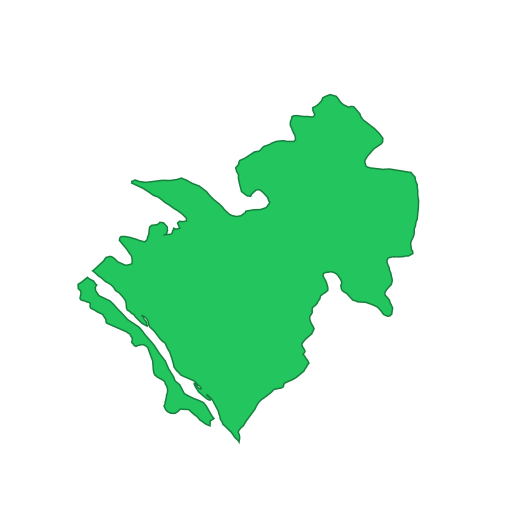 Nasir, Bani Suwayf, Egypt, rotated 116°
{"feature_id": "37247803B95648929265509", "entity_name": "Nasir", "entity_type": "district", "adm_level": 2, "iso_a3": "EGY", "parent_name": "Egypt", "parent_adm1": "Bani Suwayf", "projection": "equal_earth", "projection_center": [31.113, 29.186], "detail": "fine", "context": "isolated", "style": "filled", "palette": "green", "viewbox_px": 512, "rotation_deg": 116, "n_neighbors": 0, "source": "geoboundaries", "source_scale": "gbopen_adm2", "svg_char_len": 6148}
<svg xmlns="http://www.w3.org/2000/svg" viewBox="0 0 512 512"><g transform="rotate(116 256 256)"><path d="M92.3,266.4L95.6,268.2L97.7,270.0L100.2,268.7L102.8,265.6L104.3,265.0L106.4,266.1L108.0,270.9L109.6,273.9L111.8,280.6L113.4,283.6L115.0,284.8L117.0,284.1L120.1,284.0L123.2,282.7L129.2,275.9L130.2,274.1L132.8,272.2L134.3,271.5L136.4,272.1L139.6,278.7L140.2,281.7L143.9,287.7L147.6,291.3L149.6,292.5L154.4,297.2L160.1,298.9L163.2,303.1L173.1,308.9L177.3,312.5L179.4,312.4L181.4,311.8L185.6,312.9L188.6,310.4L190.6,307.3L193.7,306.0L197.8,302.9L204.4,297.3L205.8,290.6L204.7,287.0L202.1,287.0L196.4,284.7L194.8,281.7L195.8,277.4L198.2,271.3L200.8,268.8L201.8,267.0L208.0,268.0L212.2,272.2L215.4,278.2L220.1,284.8L221.7,284.7L226.4,287.1L229.0,290.7L230.1,294.9L230.2,297.9L229.2,301.6L228.2,304.7L226.7,307.7L225.3,312.0L223.8,318.7L221.9,324.2L219.9,328.5L218.0,337.7L218.7,345.0L218.3,352.3L218.7,356.1L218.5,357.0L222.0,360.7L225.7,366.1L229.0,373.3L238.0,387.1L240.1,393.1L240.7,398.0L243.4,400.3L244.9,399.7L244.7,387.6L245.6,379.6L246.5,374.7L245.9,369.9L246.8,365.0L247.8,361.3L248.2,356.5L249.2,351.0L249.6,346.1L250.5,341.2L252.5,335.1L255.0,333.8L257.2,336.8L258.2,339.8L259.3,340.4L260.8,341.0L264.4,336.7L267.0,339.6L267.0,342.1L268.1,342.1L268.6,341.4L270.1,342.0L271.2,341.4L273.7,341.9L276.9,347.3L274.8,346.2L271.8,346.8L268.7,348.7L266.7,353.6L267.8,357.2L268.9,357.2L271.5,359.0L274.1,363.2L276.7,364.3L283.9,361.8L286.5,361.7L289.0,361.0L292.1,362.2L293.3,368.2L293.3,370.1L294.5,377.3L296.1,382.8L297.7,385.8L299.3,386.3L301.8,385.7L306.8,374.6L308.8,371.5L309.8,369.1L311.3,367.2L314.4,365.3L317.4,364.1L320.1,367.0L321.6,369.4L321.8,377.9L320.3,382.2L319.9,385.3L320.4,387.1L323.0,390.1L325.1,390.6L326.7,390.6L340.1,395.8L341.0,396.3L341.6,393.2L342.9,389.2L343.5,385.1L345.0,380.0L345.0,377.6L345.4,373.6L346.7,370.1L348.7,366.9L349.1,362.9L351.3,357.4L352.8,354.6L354.9,352.3L359.4,349.7L361.0,347.9L361.2,345.2L362.0,343.0L362.2,340.2L363.6,337.5L365.8,331.2L366.4,329.0L366.6,326.9L366.8,323.0L366.3,322.9L365.5,324.2L363.5,325.5L362.8,326.3L362.1,328.6L360.8,330.1L360.1,331.1L359.8,332.4L359.4,332.4L359.3,331.1L359.5,329.4L361.0,325.2L364.3,322.6L366.3,320.4L368.3,314.1L372.3,306.4L373.6,303.0L374.1,299.6L378.2,294.6L380.4,291.2L385.4,286.3L389.2,282.9L391.7,281.0L393.8,277.1L394.7,274.3L396.0,271.1L395.4,256.4L397.5,251.5L397.5,249.7L398.5,247.8L399.3,247.0L399.9,247.6L399.9,249.1L399.5,250.9L397.0,254.7L397.6,255.8L398.6,255.0L400.2,253.0L403.3,248.0L405.5,239.5L406.0,236.8L406.0,235.3L405.5,233.8L404.5,233.8L402.8,239.2L402.3,239.4L402.3,238.2L404.2,232.5L411.8,222.0L414.1,220.2L416.0,218.1L417.9,216.9L419.0,215.4L420.0,213.6L421.8,212.0L422.3,209.9L425.3,200.9L428.4,195.3L429.8,190.8L430.6,189.7L426.7,190.9L424.6,192.2L422.1,194.7L420.5,195.0L416.9,194.2L414.3,193.0L408.7,192.5L394.2,189.8L390.1,189.9L386.4,189.4L382.8,188.2L377.6,185.3L371.4,182.4L367.7,181.3L367.2,180.1L365.6,178.3L363.5,175.3L361.4,174.1L358.9,174.8L357.3,174.2L351.0,168.9L347.4,166.5L338.5,162.5L336.5,162.5L333.9,162.0L331.3,162.0L329.2,161.4L327.2,163.9L325.7,167.0L324.7,168.2L323.7,170.7L321.7,170.1L320.1,170.2L318.6,172.0L317.1,174.5L315.1,176.3L309.4,175.2L301.6,171.8L295.9,171.9L293.9,174.4L292.4,176.8L289.4,179.9L286.8,181.2L284.2,180.7L282.1,180.7L279.6,182.0L277.5,182.6L273.9,180.9L271.8,180.3L269.8,180.4L266.7,179.8L263.6,180.5L261.0,179.3L258.4,177.6L255.3,176.4L252.7,177.7L248.6,181.4L244.6,187.0L242.1,187.7L240.0,185.9L239.4,184.7L237.3,181.7L236.7,179.3L236.7,176.9L237.2,174.4L239.7,170.1L241.7,167.6L243.2,167.0L245.3,166.9L247.8,165.1L249.3,163.2L249.8,160.8L249.8,158.3L253.2,149.8L252.6,146.1L252.6,144.3L250.5,139.5L249.4,136.5L249.3,134.7L248.8,131.0L248.6,125.0L249.1,123.1L250.6,119.4L252.6,115.8L252.5,111.5L251.1,109.3L249.9,109.1L248.9,108.5L242.7,110.5L238.7,115.5L237.2,116.7L235.2,121.0L234.7,122.8L232.6,124.1L231.1,124.1L228.0,123.6L222.3,121.9L218.7,122.6L216.7,123.8L214.6,125.7L212.6,127.0L210.6,129.4L208.0,131.3L206.0,133.8L204.0,135.7L202.4,136.3L199.9,136.4L196.7,132.8L196.2,131.0L195.1,129.8L194.6,128.0L191.9,123.2L190.3,121.4L189.2,119.0L185.1,116.1L183.0,117.3L182.0,119.2L179.0,121.1L177.4,122.3L174.9,123.0L169.2,123.1L166.1,123.8L162.0,125.7L159.4,125.8L155.3,127.1L152.8,127.1L142.0,131.0L134.8,134.2L130.3,137.4L126.2,139.3L123.6,141.2L121.1,142.4L119.6,144.3L117.0,146.8L115.5,147.4L113.5,152.3L112.9,153.0L119.3,174.2L122.9,180.6L123.1,181.7L126.8,192.0L127.2,195.1L126.9,196.6L123.7,199.5L121.8,200.0L117.4,199.6L108.1,197.1L100.1,192.5L97.8,192.2L96.8,192.8L94.7,193.5L92.7,197.2L91.8,198.9L89.6,205.3L86.7,219.3L85.1,222.5L82.7,225.0L79.0,233.6L80.0,236.4L81.6,237.5L81.7,243.6L80.8,247.3L78.3,251.6L77.3,254.0L78.4,260.1L81.6,263.1L84.7,265.4L87.5,265.0L92.3,266.4ZM420.5,222.5L419.5,224.8L412.6,235.1L410.8,238.8L410.8,243.3L411.4,250.0L411.4,254.8L411.1,260.1L405.2,268.1L403.7,274.0L400.6,277.3L395.7,285.1L390.1,291.6L385.9,300.2L381.2,307.8L379.2,312.1L375.4,321.2L373.2,325.3L371.2,330.1L369.4,343.5L366.3,351.3L364.5,356.6L361.7,363.4L360.4,367.6L360.5,379.9L357.4,385.0L354.7,386.7L351.7,386.5L351.7,387.6L349.7,391.1L349.6,396.4L349.0,398.1L356.1,401.4L359.5,403.5L363.4,401.3L363.9,398.9L365.9,397.0L371.1,395.7L372.1,394.5L372.0,392.0L371.5,390.8L371.4,387.8L370.9,385.4L371.4,384.2L374.4,382.9L375.4,381.6L375.4,376.8L375.8,374.3L375.7,368.3L379.2,362.7L380.8,362.1L381.8,360.8L380.9,339.0L381.4,337.1L381.3,335.3L383.3,332.8L383.3,332.2L384.3,331.0L388.4,329.7L388.4,328.5L389.4,327.2L389.9,326.0L389.9,324.2L388.3,323.0L387.3,321.8L386.2,320.6L385.7,319.4L385.1,318.8L385.1,315.8L385.6,313.3L395.7,302.8L403.3,298.4L405.9,296.5L407.4,294.6L407.4,293.4L407.9,292.8L408.3,288.5L408.3,286.1L408.7,283.7L409.2,282.5L410.3,281.8L411.3,280.6L411.8,279.4L414.8,276.9L417.9,275.6L419.4,275.6L423.5,274.3L427.1,273.6L428.6,272.9L431.2,272.9L433.7,269.8L434.7,267.3L434.7,263.7L433.1,260.1L432.5,259.5L429.4,257.7L427.3,257.2L426.3,256.0L425.7,254.2L423.6,249.3L423.6,248.7L425.0,244.4L426.0,240.2L426.0,239.0L427.0,236.5L428.0,234.8L428.2,232.5L429.1,227.7L428.9,222.9L424.2,224.8L420.5,222.5Z" fill="#22c55e" stroke="#15803d" stroke-width="1.5"/></g></svg>